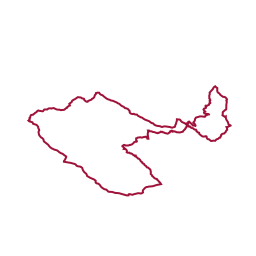 Zapatoca, Santander, Colombia (Equal Earth projection), rotated 108°
{"feature_id": "7082276B90716501324077", "entity_name": "Zapatoca", "entity_type": "district", "adm_level": 2, "iso_a3": "COL", "parent_name": "Colombia", "parent_adm1": "Santander", "projection": "equal_earth", "projection_center": [-73.303, 6.849], "detail": "fine", "context": "isolated", "style": "outline", "palette": "rose", "viewbox_px": 256, "rotation_deg": 108, "n_neighbors": 0, "source": "geoboundaries", "source_scale": "gbopen_adm2", "svg_char_len": 5818}
<svg xmlns="http://www.w3.org/2000/svg" viewBox="0 0 256 256"><g transform="rotate(108 128 128)"><path d="M166.7,203.9L168.6,198.7L169.4,197.7L170.4,196.0L170.9,194.4L171.3,191.4L171.2,188.8L171.6,187.3L172.2,186.0L172.7,184.0L172.7,182.3L173.6,180.0L174.0,178.4L174.5,177.8L177.5,178.1L179.3,178.7L179.9,178.5L178.9,171.8L178.7,167.9L178.8,166.6L179.8,165.2L179.9,164.3L179.5,161.4L179.7,160.3L180.1,159.2L182.0,157.9L183.4,156.1L184.5,153.4L186.3,152.0L187.1,148.4L187.4,144.5L187.9,143.1L188.2,142.4L189.6,142.1L190.2,141.3L190.3,140.3L190.1,139.6L190.2,138.8L190.7,137.5L192.4,135.2L192.7,134.4L193.4,132.2L193.5,131.3L193.3,129.5L194.6,127.0L194.5,126.2L193.7,123.3L193.7,120.2L192.8,116.5L192.5,108.3L191.9,106.7L191.0,106.9L190.6,106.6L190.4,106.0L190.1,103.0L189.2,102.0L187.1,98.6L186.7,97.7L186.4,95.9L186.0,94.9L184.7,93.8L183.4,94.5L182.5,94.5L179.9,93.4L178.7,92.5L177.2,89.9L175.8,86.6L173.2,82.9L171.2,79.2L170.0,80.6L169.7,81.6L168.8,82.8L168.1,84.4L167.6,84.7L167.7,86.6L167.1,88.2L166.6,88.9L166.3,90.1L165.6,90.4L164.7,92.2L162.6,92.7L162.0,93.2L161.1,93.5L160.5,94.2L159.4,96.9L159.6,97.7L159.3,98.3L158.6,99.1L158.2,100.7L157.2,101.7L157.1,103.0L156.8,103.3L156.6,103.8L156.2,103.9L155.8,105.4L154.5,106.8L153.9,108.0L153.9,109.3L153.4,109.8L152.9,111.3L152.5,111.6L152.7,112.7L152.6,112.8L151.9,112.6L152.2,114.4L151.7,115.2L151.2,116.8L151.5,118.1L151.0,119.0L151.6,120.4L151.5,121.7L150.3,121.9L149.7,122.2L148.7,123.9L148.7,124.4L149.2,124.9L149.3,125.6L148.0,125.5L147.7,126.3L147.3,126.8L147.2,127.6L146.6,127.7L146.3,127.2L145.6,126.9L145.2,126.3L145.2,125.9L145.4,125.1L145.3,124.4L144.9,123.6L144.7,122.7L144.4,122.0L143.6,121.2L143.4,120.6L142.4,119.2L140.6,118.1L139.6,117.8L138.6,116.5L138.4,115.6L137.7,115.5L137.3,116.4L135.6,117.0L135.2,117.0L135.0,116.4L134.2,115.9L133.0,113.4L132.9,111.9L131.4,109.7L131.1,108.8L130.6,108.1L130.7,107.5L131.2,107.4L131.2,106.6L131.8,106.6L132.2,106.3L131.9,105.3L127.9,107.3L126.9,107.6L126.0,107.4L125.0,107.9L124.6,107.7L124.2,108.1L123.9,107.3L124.3,106.5L123.9,104.3L124.1,103.6L123.8,101.5L123.9,98.5L123.8,98.2L123.2,97.8L123.1,97.2L122.6,96.9L122.1,96.1L121.3,95.6L121.4,94.4L121.1,94.2L121.3,93.5L121.1,93.0L121.4,91.3L121.1,88.5L120.5,87.9L119.9,87.6L119.3,86.9L118.8,87.0L118.3,86.5L117.9,86.7L117.6,86.3L117.7,84.8L117.0,85.0L117.1,83.4L116.8,82.6L117.0,80.2L116.7,79.5L116.3,77.4L114.7,74.9L114.3,74.5L113.5,74.5L111.4,73.3L110.7,73.4L109.9,72.9L109.1,72.9L108.5,72.5L107.8,72.8L106.9,72.3L107.0,71.3L107.8,70.6L107.8,70.1L107.5,69.7L107.4,69.2L107.9,68.9L108.1,68.5L108.3,67.2L108.1,66.3L108.9,64.3L108.8,63.4L108.6,62.9L109.1,62.2L110.0,61.8L110.1,61.1L110.6,60.4L110.5,58.9L111.5,58.5L112.0,57.5L113.0,54.8L112.8,53.4L111.9,51.7L111.7,51.0L111.9,50.6L112.5,50.5L113.8,49.2L113.9,48.6L113.7,47.5L114.6,45.5L114.6,45.0L114.5,44.4L113.6,42.8L113.2,41.1L111.5,40.4L110.3,38.8L109.2,38.3L108.6,37.3L107.7,37.4L106.6,37.0L106.0,37.3L104.5,36.6L103.4,34.7L102.6,34.5L101.8,33.9L100.2,33.8L99.0,33.1L97.3,34.0L96.7,34.6L96.1,33.4L95.0,32.4L94.1,31.2L93.9,31.2L93.5,33.5L91.4,34.9L89.5,37.2L88.3,38.0L87.2,38.4L87.6,38.6L87.6,39.0L87.4,39.6L87.0,39.5L87.2,40.4L86.7,42.1L85.4,42.2L84.0,42.7L83.4,42.7L80.6,41.0L80.1,40.4L79.3,40.5L75.4,41.7L72.6,42.1L71.8,42.8L71.4,43.0L70.6,42.6L70.1,42.7L68.9,44.5L68.6,45.8L69.0,47.3L68.0,50.3L66.9,51.8L66.4,53.6L65.2,54.6L62.4,55.4L62.0,56.9L61.4,58.0L62.8,59.0L64.9,59.4L68.6,61.1L69.3,61.3L70.4,60.7L72.4,60.7L73.3,60.2L74.3,60.0L74.8,59.8L75.4,58.7L76.1,58.7L76.3,58.4L77.0,58.8L78.7,57.4L79.1,57.6L79.4,58.3L80.8,58.1L81.7,59.0L82.6,59.8L82.6,60.9L82.8,61.1L83.2,61.1L84.1,60.3L84.7,60.1L85.0,60.2L86.1,61.7L87.1,61.9L88.0,60.9L88.4,59.8L89.5,60.5L89.9,60.5L90.5,59.9L89.9,55.5L90.3,55.0L90.7,55.0L90.3,55.2L90.3,55.6L90.7,56.6L91.5,57.1L92.3,58.1L93.5,58.3L93.7,58.7L94.1,61.1L94.7,63.1L97.1,66.6L98.5,67.0L100.4,66.8L101.4,67.0L102.5,67.6L102.9,67.2L103.5,65.8L104.1,65.5L104.3,64.9L104.6,64.6L105.2,64.6L105.2,65.7L105.6,67.2L105.0,67.7L103.0,71.9L103.7,72.6L104.2,72.4L104.9,72.8L105.4,73.6L105.8,73.3L105.8,72.7L106.7,73.4L106.0,75.3L105.6,78.6L105.1,79.7L104.3,80.6L104.0,81.4L104.6,84.2L106.0,83.8L109.4,83.7L111.0,83.9L112.0,83.7L112.4,83.8L114.0,86.0L114.2,87.3L114.1,88.3L114.9,92.8L115.3,94.1L116.6,96.1L116.4,97.9L116.9,100.8L117.0,102.1L116.8,103.8L115.8,105.7L116.0,107.1L115.0,110.0L114.8,114.2L114.5,115.8L113.7,118.2L113.9,119.0L113.4,121.6L113.2,122.5L112.5,123.6L113.0,125.7L112.7,126.8L113.4,128.1L113.4,129.8L113.1,130.7L112.7,131.1L112.2,131.5L111.5,131.5L111.3,131.7L110.0,133.9L109.8,135.5L110.0,137.0L109.2,138.6L108.9,141.1L107.7,143.8L107.6,145.5L107.3,146.1L106.8,150.7L107.1,153.2L106.8,154.2L106.9,155.6L106.7,157.3L105.4,160.9L104.7,162.4L104.7,164.2L104.3,165.2L103.4,166.3L103.8,167.9L104.7,169.3L105.8,169.1L106.7,169.6L107.8,169.7L108.7,169.6L109.8,169.9L110.7,170.5L111.4,171.3L112.3,171.5L114.6,174.3L115.5,174.5L115.7,175.1L115.8,175.8L115.4,177.1L115.1,177.5L114.9,178.2L113.9,178.8L113.8,179.0L114.0,181.0L113.6,181.9L113.6,182.5L114.2,185.3L117.0,187.4L117.6,188.1L119.2,189.5L121.0,189.7L121.8,190.4L123.2,191.3L124.5,190.2L125.1,191.0L125.9,191.4L126.6,192.2L127.6,192.2L128.7,193.4L129.7,193.8L130.5,194.5L131.8,197.5L131.7,198.8L132.3,200.5L132.4,202.0L132.0,204.7L132.6,206.1L133.1,206.6L133.2,207.5L133.7,209.1L134.2,209.8L135.3,210.5L136.1,213.0L136.4,213.4L138.0,213.9L138.5,214.3L139.1,218.0L139.1,218.8L140.4,219.8L141.0,219.8L142.7,221.3L143.4,221.5L144.1,222.2L144.7,222.4L145.6,224.2L146.7,224.5L148.2,224.3L148.8,224.8L149.1,224.8L149.7,224.2L150.9,224.6L151.2,224.2L151.8,224.8L152.2,223.9L152.1,220.6L153.3,219.6L153.3,216.2L153.6,215.3L154.6,213.9L155.9,213.2L157.0,212.1L157.7,211.7L159.0,211.9L159.9,211.7L162.3,210.2L163.8,207.9L164.0,206.7L164.8,205.1L165.3,204.7L166.7,203.9Z" fill="none" stroke="#9f1239" stroke-width="2"/></g></svg>